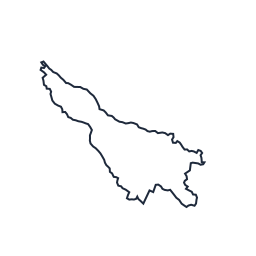 Cambira, Paraná, Brazil (Natural Earth projection), rotated 329°
{"feature_id": "56859067B19055984398551", "entity_name": "Cambira", "entity_type": "district", "adm_level": 2, "iso_a3": "BRA", "parent_name": "Brazil", "parent_adm1": "Paraná", "projection": "natural_earth1", "projection_center": [-51.567, -23.611], "detail": "fine", "context": "isolated", "style": "outline", "palette": "slate", "viewbox_px": 256, "rotation_deg": 329, "n_neighbors": 0, "source": "geoboundaries", "source_scale": "gbopen_adm2", "svg_char_len": 2251}
<svg xmlns="http://www.w3.org/2000/svg" viewBox="0 0 256 256"><g transform="rotate(329 128 128)"><path d="M89.8,27.5L87.5,27.1L87.6,30.0L88.8,32.5L86.9,33.3L84.8,31.6L83.0,33.2L84.7,37.1L85.3,40.2L80.7,41.0L79.9,43.9L78.2,47.7L79.5,50.1L78.6,52.4L81.1,54.2L80.8,57.3L79.1,58.9L78.4,61.6L77.3,65.5L77.8,69.5L79.7,72.9L81.5,75.2L81.3,78.1L80.0,80.7L82.4,81.9L82.8,84.7L82.4,87.9L84.1,89.8L85.0,92.5L87.2,94.5L88.9,96.6L91.4,98.8L92.9,100.6L94.1,102.2L95.8,104.1L96.1,107.6L96.0,111.1L94.1,112.7L91.6,114.7L90.1,117.3L88.8,119.2L87.9,122.0L88.6,125.9L89.9,128.7L90.8,132.5L91.3,135.6L91.3,138.8L91.2,143.0L90.4,145.8L90.3,148.7L91.0,151.0L91.5,153.2L89.9,156.3L91.0,158.7L90.6,162.5L92.6,164.1L93.7,165.9L91.9,167.5L90.5,169.1L90.0,172.4L92.1,174.5L92.3,176.8L94.3,179.7L96.0,183.7L93.4,185.5L90.9,187.7L92.2,190.0L94.4,191.0L96.3,192.4L98.5,192.9L100.6,191.6L100.3,194.1L101.2,197.0L102.2,200.7L114.3,192.6L116.6,195.9L122.5,191.0L124.8,192.1L126.2,195.1L126.2,197.9L127.5,199.9L130.0,202.0L132.3,202.7L132.7,205.7L133.1,209.0L133.5,212.7L134.8,216.0L135.0,220.5L136.2,223.2L137.4,225.8L139.9,225.6L142.6,226.3L145.0,228.9L147.4,227.8L149.9,224.6L151.3,223.2L151.8,220.1L149.5,218.5L149.8,215.5L148.2,213.0L146.4,210.0L149.0,209.0L147.7,206.2L147.9,203.7L149.5,202.5L152.2,202.3L153.4,199.5L153.4,196.5L159.2,196.2L163.7,190.5L165.6,191.0L169.9,194.5L171.3,196.9L173.8,197.8L175.8,196.8L173.6,195.3L174.6,193.4L175.6,191.3L176.2,188.7L178.7,187.6L178.5,185.1L176.9,183.1L174.0,184.7L172.3,181.9L170.7,180.4L168.4,179.6L167.6,176.8L165.4,175.6L165.0,172.1L165.0,169.5L164.8,167.1L163.5,164.6L161.3,165.4L159.0,163.8L159.8,160.6L162.3,159.3L163.7,156.3L161.3,154.6L158.6,154.7L157.2,151.5L155.1,149.5L151.0,147.8L149.8,144.6L147.2,143.1L144.8,142.4L143.1,140.7L142.3,138.4L140.7,136.4L139.3,135.0L137.6,132.9L137.6,129.6L135.2,126.5L133.3,124.8L130.8,124.0L128.4,123.0L126.2,120.1L123.9,118.2L121.4,113.8L121.1,111.6L120.3,109.3L117.3,106.8L116.9,103.1L116.2,100.4L113.3,97.2L114.4,94.5L114.9,90.4L115.2,86.6L115.0,82.6L113.6,78.9L112.5,73.8L109.9,71.4L108.2,68.3L103.0,65.0L101.5,61.7L99.8,58.7L98.1,57.6L97.4,53.4L96.3,50.2L95.8,47.2L95.0,44.5L92.7,41.5L92.1,38.6L91.1,36.5L90.8,33.7L89.8,27.5Z" fill="none" stroke="#1e293b" stroke-width="2"/></g></svg>